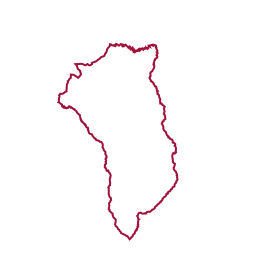 outline of Comodoro, Mato Grosso, Brazil, rotated 137°
{"feature_id": "56859067B94261224091437", "entity_name": "Comodoro", "entity_type": "district", "adm_level": 2, "iso_a3": "BRA", "parent_name": "Brazil", "parent_adm1": "Mato Grosso", "projection": "orthographic", "projection_center": [-59.748, -13.193], "detail": "fine", "context": "isolated", "style": "outline", "palette": "rose", "viewbox_px": 256, "rotation_deg": 137, "n_neighbors": 0, "source": "geoboundaries", "source_scale": "gbopen_adm2", "svg_char_len": 5802}
<svg xmlns="http://www.w3.org/2000/svg" viewBox="0 0 256 256"><g transform="rotate(137 128 128)"><path d="M51.3,169.3L52.9,172.0L53.1,172.1L53.0,170.9L53.4,170.7L54.2,172.4L56.3,173.9L56.5,173.3L56.6,173.8L57.0,174.0L57.4,173.3L58.3,173.1L58.9,172.4L59.2,172.5L59.2,172.9L59.8,172.9L59.9,174.1L60.1,173.8L60.3,174.6L60.8,174.9L61.5,174.4L61.9,174.7L62.9,174.7L62.5,175.4L63.5,175.6L63.3,176.5L64.3,176.7L64.9,177.6L65.2,177.7L65.0,176.6L67.1,176.5L67.5,176.8L67.6,177.3L66.7,178.4L68.0,178.4L68.7,178.8L69.1,178.2L69.8,178.8L71.6,178.7L71.8,179.2L70.8,179.4L70.8,179.8L71.8,180.4L71.6,180.8L71.1,181.1L70.1,180.7L69.8,181.2L70.4,181.9L71.3,181.6L71.5,181.8L69.7,183.6L69.7,183.9L70.0,184.0L70.8,183.6L72.6,183.7L72.6,184.0L71.9,184.5L71.9,185.2L71.0,186.3L71.1,186.6L71.7,186.8L72.0,186.1L72.9,186.1L73.0,186.5L72.6,186.9L72.9,187.9L73.0,190.7L73.5,190.9L73.5,190.1L74.9,191.1L75.5,190.7L75.8,191.0L75.6,191.4L75.8,191.7L76.3,191.6L76.3,191.9L75.7,192.2L75.6,192.9L75.1,192.8L76.0,194.3L78.1,194.2L78.7,194.9L78.7,196.1L79.3,197.4L80.2,196.8L80.5,197.4L81.3,196.8L81.5,197.7L82.1,197.6L82.2,198.5L83.1,199.0L83.4,199.6L83.4,200.7L84.0,201.5L85.1,200.5L89.0,200.0L92.3,198.2L93.0,198.2L93.4,197.8L94.0,197.9L96.2,196.9L99.7,198.2L101.8,198.0L102.9,198.3L106.2,198.6L109.6,200.1L110.0,200.2L110.7,199.3L111.6,199.6L112.2,199.4L113.1,199.8L113.8,200.6L114.0,202.4L116.6,203.0L116.9,204.2L117.9,206.3L122.8,210.5L122.9,208.5L124.2,205.8L124.3,204.2L124.0,202.7L124.6,201.9L124.6,201.1L125.4,200.3L125.5,199.6L126.7,199.0L130.3,198.7L130.3,199.6L131.5,204.0L133.3,206.0L133.8,205.3L134.8,204.8L135.5,203.7L137.5,203.8L138.5,203.4L140.1,203.3L140.2,202.8L141.3,202.1L142.9,201.6L145.7,199.0L146.3,198.2L146.9,198.0L147.9,196.7L149.2,197.2L152.2,197.5L153.7,198.6L154.2,199.3L156.1,198.9L156.1,198.2L156.8,197.6L158.7,196.4L160.5,194.5L161.3,194.3L160.8,193.3L160.9,192.3L160.3,190.2L161.5,188.6L161.3,187.8L161.0,188.2L160.8,187.9L160.0,187.8L160.2,187.0L160.8,187.2L161.0,186.5L160.3,185.6L159.8,185.8L159.5,184.4L158.8,184.3L158.3,183.7L157.4,183.6L157.0,184.0L156.3,184.1L155.9,183.5L156.1,182.1L155.4,181.9L155.5,181.5L155.1,180.8L155.2,179.8L154.6,179.1L154.4,178.3L154.7,178.1L154.3,175.7L154.5,174.3L154.9,173.8L154.6,172.6L154.8,171.7L154.3,170.5L155.2,169.3L156.1,167.3L156.6,167.1L156.6,166.1L157.3,165.4L157.0,164.0L157.4,163.9L157.1,162.8L157.4,161.7L156.9,161.0L157.3,160.0L156.8,159.9L156.8,159.5L157.1,158.6L157.5,158.3L157.9,156.6L157.5,156.2L157.1,155.7L157.7,154.5L158.6,154.1L158.8,152.6L159.2,152.4L159.9,151.0L159.8,149.7L158.7,148.1L158.7,147.6L159.2,147.0L159.5,144.0L159.5,143.2L158.9,142.4L159.4,141.8L159.5,140.9L158.4,139.0L158.0,138.8L158.0,137.0L157.0,136.1L157.2,134.3L158.1,132.6L159.8,131.3L160.0,129.8L160.9,128.1L160.8,126.1L161.4,125.2L162.2,124.7L163.0,121.9L163.7,121.5L163.9,120.9L165.6,120.7L166.0,119.3L166.5,118.8L167.5,118.6L167.7,117.7L168.3,116.9L169.7,117.0L171.6,115.4L171.8,114.7L171.5,114.5L172.0,112.6L172.8,111.4L172.1,110.4L171.6,110.3L172.2,108.8L172.1,107.2L173.0,105.1L174.3,104.3L174.7,103.7L175.6,103.5L176.5,102.8L178.7,99.7L179.7,99.1L180.1,98.4L180.8,98.5L182.8,98.1L183.0,97.1L183.8,96.7L185.0,94.9L186.9,93.2L187.4,92.4L188.4,90.2L188.3,88.5L189.5,86.8L190.4,86.8L191.6,86.0L192.4,86.1L193.5,85.6L194.6,83.9L196.6,82.6L197.4,81.7L197.1,81.3L197.1,80.9L198.1,80.0L197.7,75.6L198.6,74.8L199.6,72.4L199.4,69.6L200.8,67.9L203.1,66.5L203.8,64.7L203.6,62.3L204.2,60.9L203.9,59.5L204.3,58.3L204.2,57.2L204.7,55.7L203.0,51.7L202.8,50.2L202.2,49.3L202.7,45.5L201.0,45.5L199.7,45.9L198.8,45.6L196.8,46.5L195.0,46.3L194.0,47.2L193.3,47.2L192.0,47.8L191.4,47.3L191.1,47.4L191.3,47.7L190.2,48.3L189.0,48.6L188.5,49.0L188.0,48.9L188.0,49.4L187.6,49.3L186.8,50.6L186.3,50.5L186.0,51.2L185.1,51.8L184.8,52.4L183.0,53.7L182.5,53.7L182.8,54.1L181.6,55.9L181.3,57.4L180.5,57.3L178.4,58.4L177.6,58.3L177.0,57.6L176.4,57.4L176.0,55.7L173.5,53.5L173.3,53.7L172.8,53.2L172.4,53.6L171.4,53.6L170.0,52.8L169.5,52.0L168.6,51.7L166.9,51.5L166.2,51.8L164.4,51.1L162.9,51.2L161.9,51.9L159.9,51.5L158.9,52.0L157.8,51.6L157.5,51.8L155.1,51.6L154.8,51.9L154.4,51.6L153.6,52.0L152.4,51.8L151.0,52.7L150.5,52.5L149.0,52.9L147.5,52.5L146.3,52.6L145.1,53.5L144.1,52.9L143.9,53.1L143.4,53.0L143.0,53.8L141.1,53.6L140.7,53.1L139.6,53.2L138.5,53.9L137.7,53.5L135.6,54.2L133.9,53.6L132.2,55.1L130.8,55.1L129.4,55.6L129.0,56.1L126.8,56.6L125.8,58.5L124.6,59.4L124.6,60.3L124.2,60.4L123.5,61.3L123.3,62.3L122.7,63.3L122.9,64.6L122.6,66.8L121.6,67.8L120.4,68.2L118.1,69.8L118.5,71.5L118.2,72.7L116.9,74.1L115.5,76.4L113.9,78.1L111.9,78.8L111.3,77.4L109.5,77.4L109.2,77.7L109.4,78.3L107.4,79.6L106.1,81.5L105.9,82.4L106.0,83.2L105.0,83.4L104.4,84.0L104.4,85.9L105.1,86.5L105.2,86.9L104.1,88.1L103.6,89.3L104.6,91.3L104.3,92.1L104.9,93.5L104.9,93.8L104.2,94.0L104.4,95.9L103.7,98.0L103.0,99.3L103.3,101.1L103.1,102.5L102.6,103.5L101.2,104.9L100.2,108.3L99.1,108.5L98.3,109.2L97.4,108.7L96.9,109.1L96.1,109.3L94.8,109.0L94.3,109.3L93.9,110.2L93.3,110.7L92.9,111.7L92.3,112.3L92.1,114.0L90.0,115.0L89.4,116.3L87.8,118.2L86.6,118.5L86.6,119.9L87.1,121.2L86.8,121.8L87.1,122.3L86.8,123.2L87.7,123.9L86.0,126.1L84.9,126.8L84.6,127.6L84.5,128.5L82.9,131.1L83.2,132.9L82.4,133.4L82.0,134.7L81.0,134.7L81.0,136.3L80.2,137.0L80.2,137.7L79.4,138.5L79.2,139.1L79.8,139.7L79.8,140.4L79.5,141.0L79.3,142.7L78.7,143.3L78.8,145.0L79.3,146.5L78.8,146.7L78.7,148.0L78.1,150.0L77.1,150.2L76.8,150.7L76.1,150.6L74.6,152.3L74.4,152.9L72.9,153.3L71.7,153.0L68.0,154.2L66.4,155.4L66.4,156.3L66.1,157.0L65.3,157.0L65.0,157.9L64.4,158.0L62.6,159.4L62.0,159.3L61.4,159.9L60.7,160.0L59.9,159.6L58.1,159.9L57.4,161.1L57.6,161.6L57.4,161.9L57.0,161.7L55.5,162.8L55.4,163.3L55.1,163.0L54.7,163.8L53.9,164.4L53.1,166.8L52.5,167.2L52.7,167.9L51.5,168.7L51.3,169.3Z" fill="none" stroke="#9f1239" stroke-width="2"/></g></svg>